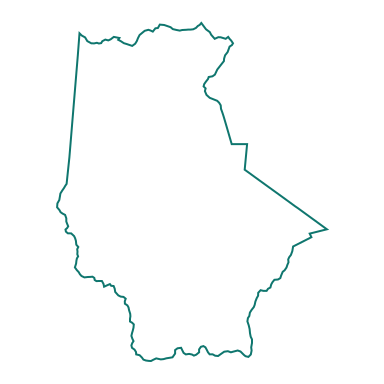 the district of Santa Cruz, Pernambuco, Brazil
{"feature_id": "56859067B26223419026815", "entity_name": "Santa Cruz", "entity_type": "district", "adm_level": 2, "iso_a3": "BRA", "parent_name": "Brazil", "parent_adm1": "Pernambuco", "projection": "albers", "projection_center": [-40.303, -8.286], "detail": "fine", "context": "isolated", "style": "outline", "palette": "teal", "viewbox_px": 384, "rotation_deg": 0, "n_neighbors": 0, "source": "geoboundaries", "source_scale": "gbopen_adm2", "svg_char_len": 3231}
<svg xmlns="http://www.w3.org/2000/svg" viewBox="0 0 384 384"><path d="M136.2,354.4L139.6,355.2L141.9,357.5L143.4,359.6L145.9,360.5L148.8,360.9L151.0,361.0L153.2,359.8L156.2,358.4L160.8,359.4L163.6,359.1L166.4,358.3L169.6,357.8L172.5,357.3L175.1,353.6L175.1,350.1L177.5,348.3L181.1,347.8L182.2,350.1L183.6,352.9L185.8,354.4L189.1,353.9L192.0,354.5L193.9,355.6L196.2,354.7L199.1,352.3L199.1,349.4L200.9,346.8L203.4,346.1L205.4,347.3L206.7,349.7L208.0,352.3L209.6,354.3L212.6,354.3L215.1,355.7L218.1,356.0L220.6,354.2L224.2,351.7L227.9,351.2L230.9,352.3L233.8,351.5L237.7,350.5L240.5,351.5L242.1,353.1L243.9,354.9L245.5,356.2L248.4,356.9L250.8,354.5L251.6,350.6L251.2,347.3L252.0,343.0L252.0,339.4L250.7,336.7L250.0,333.2L249.6,329.0L248.7,325.2L247.4,321.4L247.9,318.1L249.3,316.0L249.9,312.6L251.6,309.9L253.8,307.1L254.7,304.8L255.4,301.5L256.7,298.2L258.1,295.7L258.2,292.8L260.6,290.2L263.5,290.9L266.6,290.9L268.0,288.8L270.4,287.5L271.2,284.5L272.4,282.3L274.4,279.8L278.0,279.5L280.3,278.1L281.1,275.6L282.7,271.8L284.6,270.3L286.5,267.5L287.4,264.8L288.5,262.3L288.2,259.4L289.2,257.2L290.9,255.0L292.3,251.2L293.1,246.5L311.4,237.2L309.7,233.6L326.9,229.3L297.8,208.1L295.0,206.2L281.3,196.2L259.3,180.3L244.7,169.7L247.1,144.1L231.7,144.1L226.5,126.2L224.0,117.7L223.2,115.1L222.2,112.1L221.0,108.8L220.7,105.3L219.1,102.7L217.2,100.8L214.7,99.8L209.7,97.8L206.5,94.9L204.9,91.1L205.6,88.4L203.6,86.4L204.2,84.1L205.8,81.8L208.0,79.0L208.7,77.0L212.5,76.3L214.9,74.6L217.3,69.5L221.3,64.4L223.9,61.1L224.1,58.6L225.1,55.3L227.6,52.1L229.6,46.6L231.9,45.1L233.0,43.3L231.2,40.6L229.6,38.9L228.2,36.9L225.7,38.8L220.7,37.3L218.3,37.2L214.7,38.8L211.2,34.8L209.8,32.1L206.0,29.3L201.3,23.0L199.7,24.9L197.8,26.0L196.0,27.9L193.2,29.3L190.4,29.6L188.2,29.6L186.0,29.8L182.2,30.0L179.8,30.6L176.6,30.0L172.8,29.1L170.6,27.2L164.2,25.0L159.8,24.6L157.9,28.0L155.4,28.3L152.8,31.6L150.5,30.5L148.4,29.8L144.7,30.8L139.6,35.0L138.0,38.1L136.8,41.1L135.2,43.7L132.2,45.9L126.6,44.0L123.9,43.2L120.7,41.1L118.2,39.8L119.4,38.0L116.3,37.4L113.8,36.9L110.7,39.3L108.3,40.4L105.3,39.6L102.3,41.2L101.2,43.1L98.9,43.5L96.9,42.8L94.1,43.4L91.3,43.3L87.3,41.1L85.1,37.4L81.7,35.5L79.5,33.3L77.8,55.6L73.0,113.6L69.4,157.3L66.6,183.9L65.4,185.6L64.0,188.0L62.2,190.6L60.4,193.5L59.9,196.6L59.3,200.0L57.4,203.4L57.1,207.3L59.4,210.0L60.6,212.2L62.6,213.6L65.1,214.9L66.3,218.3L66.3,221.5L67.1,223.7L68.2,226.3L67.1,228.1L65.5,229.5L65.9,231.6L67.8,233.3L71.2,233.4L74.1,236.1L75.1,238.2L75.9,240.8L76.3,244.7L78.3,247.0L77.2,249.2L77.5,251.7L77.3,254.2L78.1,256.4L76.9,258.4L76.4,260.8L76.1,263.6L74.9,267.4L76.9,270.2L78.7,272.1L79.9,274.2L81.5,276.0L84.4,277.4L87.8,277.0L90.3,276.9L92.5,276.7L94.3,277.9L94.7,280.0L96.4,281.1L98.9,281.0L101.9,281.0L103.5,283.9L104.1,286.7L107.1,285.3L109.9,284.1L111.2,285.8L113.6,286.0L114.7,288.7L115.2,291.9L116.7,293.6L118.3,295.4L120.7,296.6L123.5,296.9L125.7,298.7L124.8,301.2L124.9,303.7L127.4,305.4L128.5,307.4L129.1,310.3L130.2,313.8L130.4,316.2L130.0,318.9L130.0,321.5L132.1,322.7L133.8,324.4L133.5,327.7L132.7,330.9L132.0,333.2L131.4,335.9L132.4,338.8L133.5,341.1L132.2,343.2L131.4,345.4L132.0,347.8L134.5,349.6L136.0,352.0L136.2,354.4Z" fill="none" stroke="#0f766e" stroke-width="2"/></svg>